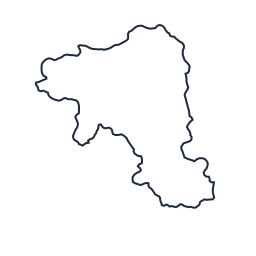 the district of Marliéria, Minas Gerais, Brazil, rotated 254°
{"feature_id": "56859067B52774594546831", "entity_name": "Marliéria", "entity_type": "district", "adm_level": 2, "iso_a3": "BRA", "parent_name": "Brazil", "parent_adm1": "Minas Gerais", "projection": "mercator", "projection_center": [-42.627, -19.682], "detail": "fine", "context": "isolated", "style": "outline", "palette": "slate", "viewbox_px": 256, "rotation_deg": 254, "n_neighbors": 0, "source": "geoboundaries", "source_scale": "gbopen_adm2", "svg_char_len": 3815}
<svg xmlns="http://www.w3.org/2000/svg" viewBox="0 0 256 256"><g transform="rotate(254 128 128)"><path d="M197.0,52.1L195.2,51.5L193.1,52.2L191.4,52.6L189.0,52.3L187.3,54.3L187.4,56.6L186.2,58.1L185.1,59.5L183.9,60.8L181.9,60.6L179.3,61.5L177.1,63.5L175.6,65.2L174.6,67.0L173.5,68.5L173.2,70.5L173.6,72.6L174.2,74.3L174.1,76.2L172.4,78.1L171.6,79.9L171.3,81.8L170.0,83.6L169.0,85.6L167.0,86.9L164.4,87.1L161.5,86.7L159.4,85.9L157.6,85.6L155.7,84.7L154.7,82.0L153.1,80.4L151.1,80.6L148.7,81.0L145.6,81.0L142.9,79.6L140.9,77.3L139.2,75.8L137.6,74.6L135.5,72.9L133.3,72.6L131.3,73.2L129.8,74.7L127.8,76.2L126.1,76.4L125.0,78.0L123.6,79.5L124.3,81.2L125.0,83.3L124.7,86.2L126.8,86.1L127.7,88.4L127.8,90.9L128.7,92.6L130.6,94.2L131.8,95.9L133.9,97.2L135.1,98.9L137.3,99.9L139.1,100.7L139.0,102.9L136.8,103.5L135.1,104.3L133.9,106.2L133.8,108.8L133.1,110.5L131.7,111.6L130.2,112.1L128.3,111.8L126.5,111.8L124.7,114.0L124.0,116.8L123.7,119.9L122.0,121.7L120.5,122.8L118.5,124.0L116.8,124.1L114.3,124.8L111.9,125.6L110.1,126.2L108.0,126.9L106.0,127.8L104.1,126.9L102.0,127.2L100.5,128.2L99.0,129.4L97.9,130.9L97.2,132.8L94.3,132.9L92.2,132.3L90.4,131.6L89.8,128.3L88.5,126.9L86.4,128.3L84.2,128.9L82.9,127.5L82.5,124.5L82.0,122.5L81.0,120.8L79.5,118.9L77.1,118.2L74.7,117.9L72.6,120.0L71.2,122.2L69.9,123.9L69.7,126.1L70.1,127.9L70.1,130.6L69.2,132.5L66.9,131.7L64.7,132.3L63.2,133.7L61.4,134.4L59.3,135.1L57.0,135.7L55.2,137.3L53.8,138.9L52.2,139.6L50.4,139.2L48.6,139.1L46.7,139.4L44.6,139.2L43.3,141.1L43.9,143.7L42.6,145.3L41.0,146.3L41.0,148.3L39.9,150.1L38.7,152.4L39.3,154.8L40.3,157.2L39.6,158.9L37.7,160.3L36.4,162.3L35.5,164.0L35.0,166.5L33.7,168.4L32.8,170.9L33.6,173.2L34.6,175.5L37.2,177.1L37.8,179.7L38.3,181.7L37.1,184.3L36.7,187.4L36.0,189.7L37.5,191.7L40.6,191.7L43.6,192.0L46.4,193.0L48.6,194.0L50.4,194.9L52.2,195.6L52.8,193.2L54.8,191.9L56.8,192.5L58.9,192.3L59.7,189.9L61.6,188.5L64.1,188.4L66.0,190.0L67.1,192.0L69.0,193.5L70.5,194.4L72.5,195.0L75.0,194.4L77.4,193.0L78.6,190.6L79.2,188.7L79.1,185.8L78.3,184.2L77.8,182.4L79.3,180.8L80.3,179.2L81.4,177.6L82.6,176.0L84.2,174.2L87.0,174.1L89.8,174.0L92.1,173.6L94.9,173.8L96.8,175.8L97.9,177.2L98.0,179.3L98.2,181.2L98.2,183.4L99.3,185.7L102.0,186.7L103.9,185.9L105.7,186.5L107.8,186.2L110.4,185.4L112.8,184.9L114.3,186.3L115.8,188.0L117.1,190.1L118.1,192.4L120.6,192.0L122.7,190.4L125.2,191.0L129.2,191.4L131.5,191.3L133.6,191.4L136.8,191.4L139.6,191.6L141.8,191.5L144.3,191.6L146.1,192.9L147.5,194.4L148.7,195.8L150.3,197.0L152.0,197.1L153.9,196.8L155.6,197.0L157.3,197.2L159.8,198.0L162.4,198.1L164.4,198.3L164.4,200.5L165.8,202.3L168.3,203.2L169.7,204.2L172.2,203.8L174.3,203.0L175.8,202.0L177.8,201.1L180.8,200.9L182.9,200.8L184.7,201.2L187.5,202.1L189.5,203.8L191.9,204.5L194.5,203.8L196.4,202.0L197.8,200.7L199.3,199.8L200.9,198.6L203.1,197.6L203.7,195.4L205.5,193.7L207.5,193.8L209.1,192.2L211.8,191.1L214.0,190.7L215.8,189.9L217.5,188.3L218.3,186.6L218.2,184.6L216.5,181.7L217.0,178.5L217.5,176.3L219.1,173.6L220.7,171.6L222.3,169.9L223.0,167.7L223.2,165.5L223.0,163.7L222.3,161.8L221.4,160.0L220.6,158.3L220.2,155.6L218.2,153.7L215.7,153.4L213.4,152.3L212.6,150.6L212.0,148.3L211.4,145.6L210.9,143.6L210.7,141.6L211.2,138.8L210.9,136.4L209.9,133.7L209.6,130.3L209.8,126.6L211.1,124.1L211.5,121.9L212.3,119.7L213.0,117.8L213.8,115.7L215.4,113.4L217.3,111.4L218.6,110.0L219.4,108.2L220.0,106.4L220.9,104.8L220.5,102.9L218.3,102.9L216.5,103.5L214.1,103.2L212.2,101.2L211.4,99.1L212.3,97.0L213.3,95.0L213.9,92.8L214.6,91.2L215.5,89.3L215.5,86.5L214.7,84.7L214.2,82.8L214.0,79.9L213.5,77.9L213.5,75.8L215.5,73.6L216.7,71.3L216.7,69.0L215.9,66.6L214.7,64.5L213.3,62.9L211.1,61.9L208.2,61.1L205.9,60.6L204.1,60.5L201.5,61.2L199.5,63.4L197.9,63.2L197.5,60.0L197.1,56.9L196.8,54.3L197.0,52.1Z" fill="none" stroke="#1e293b" stroke-width="2"/></g></svg>